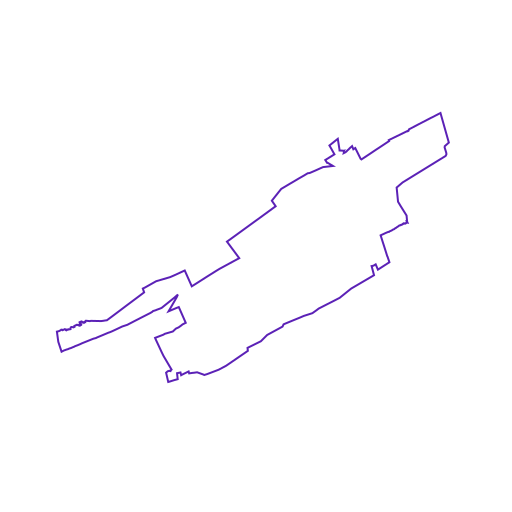 the district of El Naranjo, San Luis Potosí, Mexico, rotated 80°
{"feature_id": "50627088B30003317916079", "entity_name": "El Naranjo", "entity_type": "district", "adm_level": 2, "iso_a3": "MEX", "parent_name": "Mexico", "parent_adm1": "San Luis Potosí", "projection": "mercator", "projection_center": [-99.359, 22.447], "detail": "fine", "context": "isolated", "style": "outline", "palette": "violet", "viewbox_px": 512, "rotation_deg": 80, "n_neighbors": 0, "source": "geoboundaries", "source_scale": "gbopen_adm2", "svg_char_len": 4649}
<svg xmlns="http://www.w3.org/2000/svg" viewBox="0 0 512 512"><g transform="rotate(80 256 256)"><path d="M166.9,139.5L167.8,141.6L165.4,142.1L164.5,142.3L164.9,142.9L165.5,144.0L165.8,144.5L166.3,145.2L166.4,145.4L166.6,145.6L166.8,145.9L166.9,146.0L167.3,146.6L167.5,147.0L167.9,147.7L168.6,148.5L168.9,149.1L169.3,149.7L169.5,150.3L169.9,151.7L169.7,151.6L168.7,151.4L167.7,151.3L167.6,151.2L167.6,151.4L167.5,151.6L167.3,152.5L167.0,153.5L167.0,153.9L166.8,154.5L166.7,155.0L166.6,155.4L166.0,155.3L165.9,155.3L154.8,155.1L159.9,164.5L163.2,163.3L169.5,161.1L173.5,171.1L176.6,169.8L176.7,169.2L180.7,164.6L180.1,174.3L180.1,174.6L180.9,177.8L181.9,181.7L182.2,182.9L183.6,188.8L183.5,190.7L184.4,193.0L185.1,194.8L187.1,200.4L189.9,207.8L190.7,210.0L194.3,219.5L197.1,222.7L204.3,230.8L210.4,228.0L219.9,247.3L220.7,249.0L233.2,274.6L236.8,282.1L255.2,272.9L262.3,294.1L263.9,298.2L267.8,307.8L272.3,318.6L274.7,324.5L257.9,328.7L260.9,340.1L261.9,344.3L263.5,358.7L267.8,370.9L268.4,373.1L272.4,372.5L276.3,380.2L282.3,392.1L287.0,401.3L291.1,409.4L293.4,414.0L293.3,415.7L293.3,417.4L293.2,419.8L291.2,429.9L291.3,430.9L290.6,433.4L290.2,434.8L290.6,435.4L291.1,435.5L291.4,435.6L291.1,436.2L291.3,436.9L291.6,437.0L291.2,437.5L291.2,437.8L291.5,438.0L290.3,438.9L290.1,439.3L290.6,441.3L290.9,441.3L291.5,441.1L291.8,441.0L291.9,440.9L291.7,440.4L292.4,440.3L292.8,440.1L293.1,440.0L293.4,440.0L293.5,440.1L293.5,440.7L293.6,441.1L294.0,441.5L293.8,441.9L293.9,442.2L293.8,442.3L293.5,442.1L293.3,442.1L293.0,442.4L293.0,442.7L293.1,442.9L293.3,443.0L293.2,443.2L292.9,443.7L292.9,443.9L292.6,444.2L292.6,444.4L292.9,444.9L292.9,445.6L293.2,446.4L293.3,446.9L293.4,447.1L294.2,447.0L294.6,448.1L294.2,449.0L293.9,449.9L293.9,450.2L294.2,450.9L295.5,451.4L295.8,451.4L295.9,452.1L295.6,453.4L295.9,453.8L295.6,454.7L296.0,454.9L296.1,455.3L296.3,455.6L296.1,456.0L295.9,456.2L295.1,456.5L294.9,456.9L295.1,457.1L295.0,457.6L295.5,459.3L294.8,459.9L294.8,460.6L295.0,460.7L295.8,463.2L295.9,465.2L306.2,465.6L316.5,464.1L315.7,461.6L315.5,460.3L315.3,459.3L315.2,458.6L315.1,457.4L314.7,455.9L314.5,454.1L314.1,452.6L313.7,450.7L313.4,449.9L312.9,447.2L312.2,444.1L311.8,442.8L309.2,430.5L309.0,427.9L308.6,426.6L308.2,424.8L306.3,416.4L305.9,414.7L305.7,413.2L305.2,411.0L304.1,406.9L302.2,400.0L301.4,394.5L301.0,393.4L299.8,389.5L298.9,386.7L297.5,382.1L297.2,381.2L293.6,369.4L293.3,368.9L293.0,367.9L292.3,366.9L292.2,365.7L292.1,365.0L292.0,364.2L291.7,363.0L291.1,359.6L290.7,357.9L288.6,354.1L282.9,343.7L280.4,339.6L282.9,341.3L295.3,351.7L293.4,343.5L292.9,340.9L309.6,336.8L310.6,340.2L311.6,342.0L312.9,344.7L313.1,345.6L313.6,347.5L315.9,351.0L316.8,359.4L317.4,360.8L319.1,369.6L320.5,369.3L326.8,367.6L334.3,365.6L337.8,364.6L339.0,364.2L353.2,358.9L353.5,359.4L353.8,359.7L354.0,359.9L354.5,360.2L354.3,360.8L354.0,361.1L354.1,362.0L354.2,363.0L355.3,364.8L364.8,364.3L364.4,360.8L364.0,357.8L363.9,356.4L363.7,354.5L357.7,354.1L357.6,350.6L360.4,350.4L359.9,349.0L358.0,342.4L360.0,342.2L360.0,341.6L360.1,338.4L360.2,337.6L360.3,334.2L363.6,328.4L364.2,327.6L363.8,324.5L361.6,313.0L361.5,312.5L358.9,304.5L348.0,280.5L345.0,280.3L340.8,266.0L335.7,258.7L330.3,242.6L330.1,242.1L328.1,240.7L327.9,240.0L326.0,231.4L324.3,223.5L323.3,219.3L322.1,210.4L321.1,208.3L319.9,205.8L319.7,205.4L318.6,203.3L318.6,203.2L315.8,194.1L313.8,187.5L312.3,182.7L311.7,180.8L310.8,179.2L308.5,175.0L305.7,169.9L304.6,167.9L300.9,157.9L299.3,153.6L295.4,143.1L286.0,143.9L286.0,143.1L285.9,141.9L285.0,139.6L290.6,138.3L285.3,125.7L279.4,126.6L278.9,126.8L268.9,128.1L263.9,128.8L258.6,129.5L257.3,129.7L257.1,129.1L257.0,128.6L256.8,127.9L256.6,127.0L256.2,125.6L255.9,124.5L255.5,122.8L255.3,121.8L255.3,120.7L255.0,120.4L254.4,117.9L253.8,116.6L253.5,115.1L253.1,114.6L252.7,113.7L252.6,113.1L252.2,112.5L251.6,111.0L250.8,109.5L250.8,108.6L250.7,108.4L250.8,108.3L250.6,107.5L250.5,107.0L250.4,107.0L250.3,106.2L250.2,106.0L250.1,105.9L249.9,105.6L249.9,105.4L249.7,105.5L249.6,105.3L249.5,105.0L249.6,104.8L249.5,104.6L249.8,104.4L249.9,104.1L249.9,103.9L249.9,103.7L249.9,103.3L250.0,103.2L249.9,102.9L249.7,102.7L249.4,102.4L249.4,102.1L249.5,101.8L249.4,101.5L249.2,101.2L249.3,101.0L248.4,101.2L247.5,101.7L247.1,101.1L242.3,100.7L231.9,104.9L227.2,106.7L213.0,105.6L212.7,105.1L212.6,104.9L209.0,98.8L190.4,51.9L189.1,50.9L187.9,50.7L186.6,50.8L181.8,51.4L180.6,51.0L177.8,46.4L147.2,49.5L150.0,58.4L150.4,59.9L154.7,73.6L157.8,83.3L159.2,84.1L159.4,84.7L159.1,84.8L164.9,105.1L165.7,104.9L165.9,104.9L171.0,116.6L172.1,119.2L174.9,125.5L179.2,135.4L178.4,136.1L166.9,139.5Z" fill="none" stroke="#5b21b6" stroke-width="2"/></g></svg>